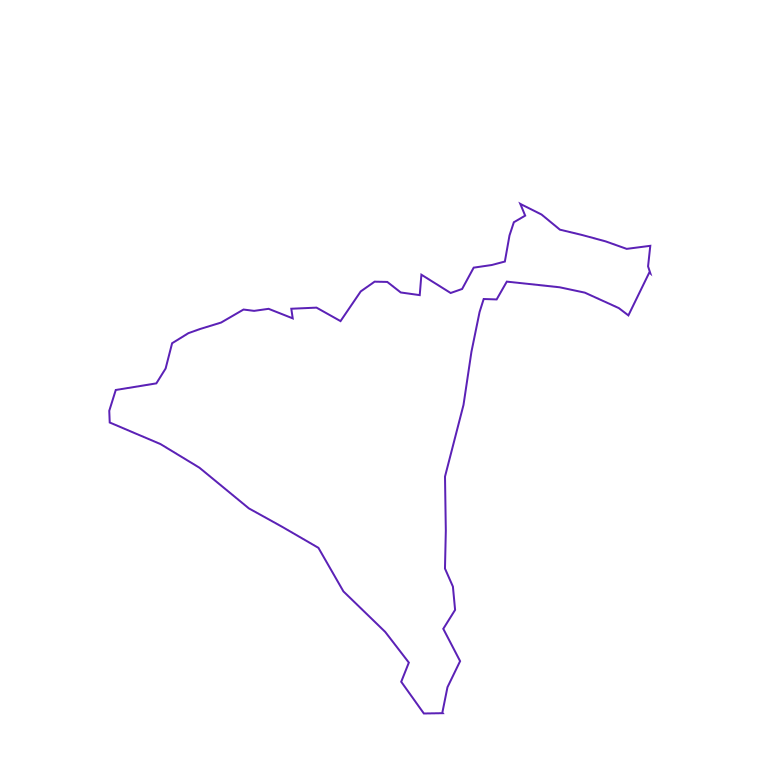 Lempa, Paphos, Cyprus (Equal Earth projection), rotated 122°
{"feature_id": "46923920B20974023634209", "entity_name": "Lempa", "entity_type": "district", "adm_level": 2, "iso_a3": "CYP", "parent_name": "Cyprus", "parent_adm1": "Paphos", "projection": "equal_earth", "projection_center": [32.402, 34.812], "detail": "fine", "context": "isolated", "style": "outline", "palette": "violet", "viewbox_px": 768, "rotation_deg": 122, "n_neighbors": 0, "source": "geoboundaries", "source_scale": "gbopen_adm2", "svg_char_len": 1054}
<svg xmlns="http://www.w3.org/2000/svg" viewBox="0 0 768 768"><g transform="rotate(122 384 384)"><path d="M149.0,216.8L144.3,222.4L125.7,231.4L140.8,249.8L145.6,271.6L152.9,295.7L159.9,316.6L156.8,340.2L158.9,362.3L159.0,363.9L166.4,353.5L178.0,359.6L191.5,356.3L216.1,346.4L226.1,355.8L237.8,369.6L262.0,368.1L271.5,375.7L271.5,399.4L271.5,410.2L289.7,400.8L297.5,418.3L295.7,435.3L302.2,446.2L317.8,452.8L353.7,454.2L355.0,481.7L369.3,502.5L376.7,496.2L381.4,521.7L390.8,532.9L395.3,542.6L418.2,554.7L434.9,569.2L444.5,576.8L461.7,585.3L486.6,577.4L504.1,577.4L531.2,608.3L552.3,602.8L562.0,596.2L557.7,568.9L553.4,541.7L552.8,496.2L561.1,432.7L559.1,395.0L557.7,352.8L581.4,308.5L593.6,251.6L607.1,215.3L627.4,211.6L642.3,175.6L632.0,159.7L631.7,160.4L607.5,169.5L578.7,172.6L560.2,204.0L537.9,204.0L519.3,218.2L508.2,234.5L475.7,253.8L430.2,283.2L359.6,305.5L310.4,326.9L272.3,341.1L259.1,344.5L252.6,333.3L232.1,334.1L208.9,286.3L200.1,262.1L195.2,225.1L196.3,213.1L148.8,218.1L149.0,216.8Z" fill="none" stroke="#5b21b6" stroke-width="2"/></g></svg>